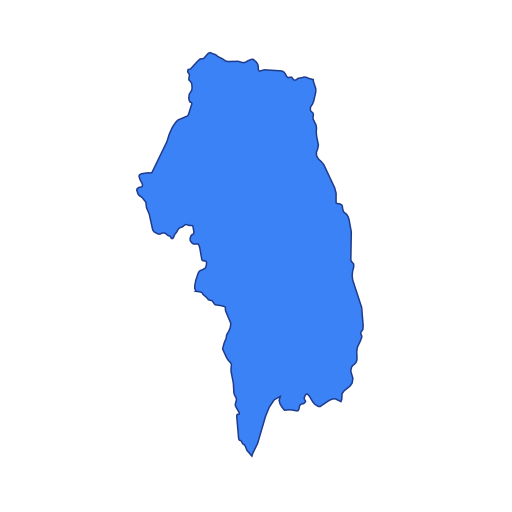 Kanchanaburi, Natural Earth projection, rotated 204°
{"feature_id": "THA-399", "entity_name": "Kanchanaburi", "entity_type": "Province", "adm_level": 1, "iso_a3": "THA", "parent_name": "Thailand", "parent_adm1": "", "projection": "natural_earth1", "projection_center": [99.171, 14.699], "detail": "fine", "context": "isolated", "style": "filled", "palette": "blue", "viewbox_px": 512, "rotation_deg": 204, "n_neighbors": 0, "source": "natural_earth", "source_scale": "10m", "svg_char_len": 5471}
<svg xmlns="http://www.w3.org/2000/svg" viewBox="0 0 512 512"><g transform="rotate(204 256 256)"><path d="M176.7,137.6L180.9,132.0L182.4,123.1L182.1,113.6L178.3,85.4L178.7,74.6L178.4,71.5L183.5,74.0L185.0,74.6L188.7,78.1L189.8,78.7L190.7,78.9L191.3,78.9L192.0,79.2L194.1,80.9L194.9,81.1L195.6,81.1L196.1,81.0L196.7,81.2L197.7,82.3L208.4,101.7L208.8,102.8L208.7,103.6L208.3,104.0L207.3,104.4L207.1,104.6L207.1,105.2L207.6,106.0L213.4,110.3L213.9,110.9L214.4,111.6L214.8,113.2L215.4,116.6L215.7,117.3L216.2,118.0L216.9,118.7L218.5,119.8L219.4,120.7L220.4,121.8L225.1,130.8L231.7,140.2L233.1,143.1L234.1,146.4L234.6,147.1L235.6,148.0L239.2,149.6L241.8,151.4L248.7,157.5L249.6,162.7L249.8,165.8L249.7,168.1L249.8,168.8L250.0,169.5L250.2,170.1L250.6,171.4L250.7,172.9L250.6,173.7L250.3,175.9L250.4,179.9L250.7,181.3L251.5,183.8L251.8,184.3L252.0,184.6L260.9,192.9L261.5,193.5L262.4,195.0L262.7,195.8L263.0,196.6L263.6,196.9L264.7,196.9L267.5,196.5L272.2,195.2L272.8,195.0L273.5,194.9L274.4,195.2L277.3,197.0L278.0,197.2L278.8,197.2L280.1,196.8L281.1,196.7L282.0,196.8L283.1,197.5L285.5,198.4L288.3,199.2L288.9,199.4L289.2,199.7L290.1,200.4L291.9,200.6L297.0,199.2L296.8,199.6L298.3,201.0L298.7,201.4L299.2,202.5L299.8,203.9L301.0,208.6L301.2,209.8L301.3,211.4L301.8,215.8L301.8,217.4L301.6,218.9L301.3,219.5L301.0,220.1L300.6,220.5L299.8,221.2L299.4,221.6L299.0,222.1L298.4,223.1L297.6,224.0L297.4,224.6L297.4,225.2L297.5,226.7L297.9,228.2L298.1,228.9L298.5,229.8L299.0,230.5L299.9,230.9L300.5,230.8L301.6,230.3L302.2,230.2L302.8,230.1L303.5,230.3L304.0,230.6L310.5,240.3L312.3,242.4L313.6,243.4L314.8,243.0L317.4,241.7L318.0,241.6L318.7,241.6L319.4,241.7L320.5,242.2L321.5,242.7L322.5,243.5L323.0,244.4L323.4,245.6L323.6,247.6L323.5,248.7L323.1,249.4L322.1,250.7L322.2,251.6L322.7,253.0L325.9,257.7L326.3,257.9L326.8,257.8L329.6,256.7L332.3,256.4L332.8,256.2L333.3,255.9L333.6,255.4L334.0,254.9L334.5,253.7L335.1,252.6L335.5,252.2L336.4,251.5L336.8,251.1L337.2,250.6L337.7,249.6L337.9,248.9L338.0,248.2L338.2,245.8L338.3,245.1L338.9,243.1L339.0,242.4L338.9,239.5L339.0,238.7L339.2,238.1L339.7,237.8L340.2,237.7L340.8,237.9L341.3,238.2L342.1,238.9L342.6,239.1L343.2,239.1L344.3,238.9L345.6,239.1L346.7,239.5L347.9,239.8L348.6,239.8L349.2,239.7L349.8,239.5L350.2,239.3L350.7,238.9L351.6,238.1L352.3,237.3L352.8,236.9L353.3,236.6L354.5,236.3L358.0,236.5L358.6,236.6L359.8,237.1L360.8,237.7L361.2,238.1L370.6,250.9L375.6,255.5L376.0,256.1L378.0,259.5L378.4,260.1L378.8,260.5L384.1,263.2L384.7,263.3L386.8,263.6L388.0,264.0L388.9,264.6L391.7,267.6L391.9,268.2L391.9,269.1L391.3,270.5L390.6,271.2L390.0,271.7L389.1,272.2L388.6,272.6L388.3,273.1L388.3,273.8L388.7,274.8L389.1,275.5L389.6,276.0L392.4,278.1L394.0,279.7L395.1,281.0L395.4,281.5L395.5,282.2L395.3,283.0L394.5,284.1L393.9,284.7L388.9,287.9L386.1,289.0L385.6,289.3L385.2,289.7L385.0,290.3L383.9,324.5L384.8,331.9L384.8,338.9L384.5,341.4L383.7,345.5L383.1,347.3L382.6,348.5L375.6,356.0L375.3,356.8L375.3,358.2L376.5,368.8L376.8,369.4L377.2,369.9L378.0,369.9L378.6,369.8L379.4,370.1L381.5,372.5L382.8,376.6L382.4,379.1L382.2,381.6L382.5,382.7L383.0,384.0L384.3,386.5L385.3,387.8L387.0,388.9L388.0,389.1L388.9,389.6L389.4,390.4L390.3,393.9L390.9,394.9L393.4,396.5L393.9,398.7L392.2,399.8L391.6,401.1L388.6,410.2L387.2,413.3L387.0,413.5L386.0,413.9L384.9,414.5L384.3,415.2L383.9,415.9L382.1,421.7L381.3,422.6L380.5,423.2L377.6,423.2L375.0,423.5L374.4,423.4L371.9,422.7L367.0,422.5L363.1,421.8L362.4,421.9L360.6,422.3L351.5,426.6L348.2,427.0L346.5,427.4L345.6,427.9L344.9,428.3L344.1,429.1L343.2,430.6L340.3,433.7L339.3,434.3L338.5,434.5L337.8,434.3L334.9,433.4L333.9,432.8L332.4,431.8L331.7,430.9L331.0,430.0L330.7,429.4L330.0,427.8L329.6,427.2L329.1,426.7L328.2,426.3L327.7,426.5L324.1,429.5L309.0,435.1L307.0,435.6L306.4,435.5L305.1,435.3L304.0,434.7L303.0,434.1L302.1,433.4L301.7,433.0L300.6,432.3L299.8,432.0L299.1,432.2L298.3,432.6L297.2,433.4L296.5,433.7L295.7,433.7L294.0,432.6L293.1,432.3L292.4,432.3L291.8,432.5L291.0,433.3L290.4,434.4L289.8,435.4L289.3,435.8L287.4,437.0L284.7,439.1L283.6,439.5L282.7,439.7L279.9,439.7L275.5,440.5L274.6,438.9L269.4,433.1L268.1,430.1L266.3,421.0L266.2,417.8L266.6,415.5L266.7,414.0L266.3,412.8L265.5,411.2L264.8,410.6L262.5,409.9L261.7,409.4L261.0,408.3L260.2,405.4L259.5,404.3L254.4,400.0L252.9,397.8L251.3,393.6L249.3,390.0L244.2,382.9L243.3,379.5L243.0,375.2L241.3,372.1L238.5,370.0L234.6,368.7L231.2,367.0L212.0,350.4L208.4,346.0L204.5,337.2L203.0,336.9L201.0,337.7L198.6,337.6L197.5,336.7L195.4,333.5L194.4,332.4L193.2,331.7L190.7,331.1L189.6,330.6L187.5,329.0L186.1,327.5L178.8,316.9L167.6,290.6L165.5,289.3L163.5,288.4L162.3,285.8L161.5,281.2L160.1,277.1L157.9,273.4L138.5,251.9L129.8,236.0L128.5,232.4L129.0,229.6L129.1,228.7L128.6,227.5L126.8,225.9L126.4,224.9L126.1,220.9L126.3,214.1L125.2,209.9L122.0,203.4L121.4,201.4L121.4,200.5L121.4,199.0L122.1,197.2L123.0,195.5L123.5,193.6L122.7,189.5L122.6,189.4L117.7,183.6L116.5,179.1L117.2,175.4L120.6,168.8L121.4,165.3L120.4,162.7L119.3,159.7L119.2,157.5L124.1,157.7L125.4,157.8L128.2,156.3L130.6,153.6L136.3,144.4L138.2,143.9L141.9,144.5L144.8,145.8L150.3,149.7L152.7,150.7L153.9,150.4L154.3,149.1L154.3,146.2L153.8,145.1L152.9,144.3L151.9,143.6L151.5,143.1L151.7,142.2L152.1,141.2L152.5,140.5L152.7,140.3L154.1,139.4L155.0,138.3L155.2,136.7L154.5,133.5L154.6,131.9L155.7,131.1L161.5,129.7L164.1,128.5L167.2,126.7L170.5,128.3L173.7,130.5L176.1,133.4L176.7,137.6Z" fill="#3b82f6" stroke="#1e3a8a" stroke-width="1.5"/></g></svg>